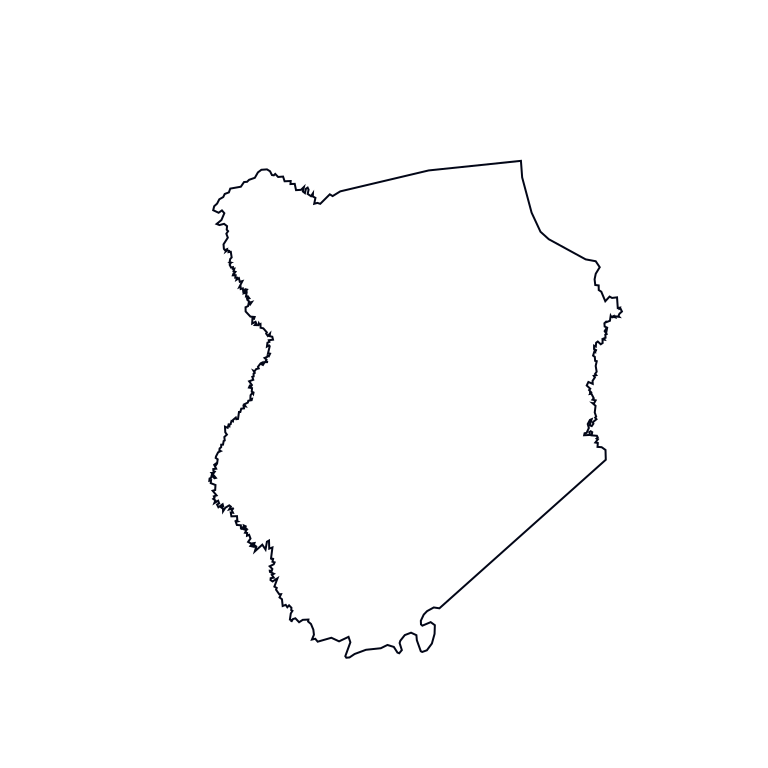 the district of Puerto Rico, Meta, Colombia, rotated 27°
{"feature_id": "7082276B74831898220162", "entity_name": "Puerto Rico", "entity_type": "district", "adm_level": 2, "iso_a3": "COL", "parent_name": "Colombia", "parent_adm1": "Meta", "projection": "natural_earth1", "projection_center": [-73.12, 2.752], "detail": "fine", "context": "isolated", "style": "outline", "palette": "ink", "viewbox_px": 768, "rotation_deg": 27, "n_neighbors": 0, "source": "geoboundaries", "source_scale": "gbopen_adm2", "svg_char_len": 6165}
<svg xmlns="http://www.w3.org/2000/svg" viewBox="0 0 768 768"><g transform="rotate(27 384 384)"><path d="M535.2,558.7L616.0,350.8L611.3,342.2L606.6,341.5L602.8,343.1L601.3,339.5L598.9,340.2L599.7,336.1L598.2,336.1L598.7,334.6L597.2,333.5L592.3,335.5L591.4,332.4L589.5,332.3L588.8,333.8L590.8,335.8L585.6,338.8L585.1,336.8L586.7,335.6L586.5,330.2L583.7,327.2L583.8,322.5L585.0,321.1L586.0,327.4L588.2,327.2L588.6,324.3L587.4,323.3L589.3,318.9L587.4,318.1L587.8,316.7L584.7,313.7L582.4,307.4L578.5,306.4L579.9,306.0L580.0,302.5L576.9,303.3L577.3,301.4L573.2,298.5L572.1,299.3L572.2,297.9L570.7,298.2L571.9,297.2L569.5,296.3L569.9,294.6L565.3,293.3L565.2,289.4L569.9,289.1L568.4,286.5L568.9,282.4L567.2,281.5L569.1,279.8L567.5,279.2L567.9,276.5L564.4,271.8L563.2,267.1L561.6,267.5L559.5,264.1L557.4,263.8L556.6,259.1L557.6,259.4L557.0,258.1L558.4,257.5L555.3,257.5L553.8,254.5L555.7,254.5L554.3,250.9L555.2,249.1L559.1,250.2L560.2,248.2L558.4,245.0L560.4,244.4L559.1,243.7L560.4,242.2L558.8,239.6L559.7,238.4L556.6,236.7L556.8,234.4L558.1,235.3L557.3,232.5L554.5,232.6L552.8,229.8L553.9,226.8L554.0,228.0L556.6,225.1L555.0,220.3L556.2,221.1L557.2,219.9L557.2,221.4L557.9,219.9L559.9,219.6L559.0,218.8L563.1,217.4L562.0,217.0L561.9,214.5L563.1,211.4L560.6,209.5L559.8,210.1L559.6,208.8L557.8,210.2L552.3,201.0L548.1,203.8L545.3,203.7L543.6,209.8L535.7,203.1L532.7,202.8L530.5,198.7L527.3,199.9L524.1,195.1L522.6,189.6L523.2,182.0L516.9,178.5L507.1,181.4L465.1,180.2L454.3,177.3L437.7,164.3L413.3,137.2L404.7,123.0L326.9,173.4L257.6,232.2L252.9,239.9L249.6,239.6L245.4,252.4L242.4,252.9L240.0,255.1L238.4,249.3L235.4,249.2L234.1,246.3L233.7,249.8L229.7,249.3L228.6,245.1L226.8,243.7L225.8,245.5L226.9,249.8L224.3,249.3L223.2,244.8L221.9,248.7L217.6,251.2L213.6,246.2L209.9,248.3L208.7,245.5L203.4,248.5L199.9,245.0L195.7,247.6L191.7,246.2L191.1,248.1L189.3,248.7L185.9,246.2L182.3,245.9L177.5,248.8L175.6,252.7L175.3,258.9L171.1,263.3L170.2,266.0L167.6,267.6L166.9,273.2L158.3,279.7L158.8,283.7L155.8,287.0L155.9,290.4L153.4,294.2L153.4,299.0L152.0,302.7L152.9,306.7L158.9,306.5L160.8,302.9L164.2,304.3L164.7,311.7L162.2,317.4L165.2,317.1L168.8,313.9L172.5,314.6L173.8,317.9L175.7,318.6L175.3,321.7L178.4,324.5L177.6,332.4L180.0,336.3L181.4,336.9L182.7,335.4L182.9,337.6L183.7,335.9L185.5,335.7L185.7,337.0L187.5,335.8L190.8,340.4L190.2,342.4L191.1,345.5L192.3,345.3L191.5,346.1L192.5,346.2L192.4,347.9L194.9,349.7L196.3,348.5L197.0,350.0L198.3,349.1L198.7,351.8L200.7,351.5L200.4,353.0L199.5,352.7L200.9,354.0L199.8,354.2L200.0,355.8L202.5,354.5L203.2,356.8L204.8,356.0L205.2,358.1L206.7,355.6L209.1,358.4L211.1,356.6L211.1,363.5L212.0,362.4L213.2,364.4L214.8,362.9L216.6,365.5L217.4,362.5L219.1,362.1L218.4,366.4L220.1,364.9L221.3,368.7L222.2,368.1L223.0,369.4L223.3,367.9L225.1,368.8L223.4,370.3L224.2,371.1L227.9,372.1L229.0,371.0L228.6,373.9L226.6,372.9L227.5,376.3L225.8,378.5L227.8,382.2L234.4,384.6L238.3,383.0L238.6,385.0L237.1,385.5L239.1,390.0L241.3,386.9L242.6,388.0L242.2,390.1L245.2,388.7L244.9,386.8L245.9,387.6L246.7,386.6L248.5,389.9L251.2,389.2L256.2,391.2L256.1,392.6L258.6,393.9L259.5,390.8L260.3,393.3L263.0,392.6L265.0,394.9L261.5,397.3L262.8,398.5L261.4,400.1L262.7,403.8L264.0,401.8L265.0,402.2L266.7,409.2L268.7,408.7L268.8,411.5L267.3,411.4L267.7,412.7L265.8,415.0L268.3,415.7L268.2,417.4L270.6,417.2L267.7,418.8L267.5,422.0L265.9,422.0L265.7,420.3L264.7,421.6L263.9,425.9L265.3,427.0L263.3,428.8L262.9,431.5L261.8,431.5L263.8,432.8L263.1,434.0L264.4,436.4L263.4,437.4L265.6,439.6L262.6,442.8L266.8,444.9L266.6,446.3L265.2,446.4L265.3,448.5L268.3,447.6L269.6,450.8L271.6,450.8L272.0,452.2L270.8,451.5L270.2,454.6L271.8,458.2L273.1,457.1L273.4,458.5L270.7,460.5L271.1,462.4L268.6,465.7L270.8,466.8L268.9,467.4L270.3,469.3L268.0,470.8L268.7,474.2L267.5,474.8L269.8,481.4L268.4,482.4L267.2,481.2L265.8,484.5L266.4,485.9L264.9,486.1L265.4,489.0L266.1,488.6L264.8,490.1L265.3,491.5L264.0,491.0L264.6,494.0L261.7,494.2L264.5,499.1L267.0,500.4L265.8,503.7L267.7,506.6L267.0,507.6L268.1,511.1L266.5,512.0L267.6,514.2L266.8,516.1L267.5,517.9L269.0,517.9L267.2,520.2L267.2,524.9L267.6,526.3L270.0,526.6L271.4,530.7L271.0,533.4L270.4,531.1L269.4,533.1L272.9,535.7L270.5,537.3L271.5,539.0L273.0,538.9L272.7,540.6L270.9,541.5L276.8,544.0L275.8,544.9L272.0,543.9L272.5,546.2L271.5,547.4L272.3,549.5L273.6,548.3L274.6,551.0L279.7,550.5L281.7,555.1L279.8,556.9L285.4,559.3L283.4,561.3L284.7,562.3L284.0,563.9L286.6,564.3L286.9,567.1L289.2,563.3L291.3,565.2L290.0,567.2L292.4,569.0L294.8,564.4L296.3,566.1L295.1,567.9L297.2,568.3L298.4,570.5L298.8,566.3L301.2,562.4L303.2,562.8L303.0,566.1L306.4,562.9L305.5,565.4L307.9,567.3L305.8,568.1L308.1,571.2L313.0,568.5L315.0,571.7L314.3,573.0L315.9,572.9L314.5,574.1L316.9,576.4L320.6,574.9L321.8,577.1L323.1,575.9L323.2,577.5L325.4,576.1L323.4,573.7L325.4,573.6L325.7,575.2L327.6,575.6L326.5,576.9L327.8,576.7L327.7,579.6L329.7,578.9L330.8,581.4L332.3,579.6L335.2,582.3L334.6,586.4L338.0,586.5L340.8,584.5L341.1,587.4L338.9,586.6L338.5,589.0L342.1,588.1L342.1,586.5L344.0,586.8L344.9,591.8L348.5,582.4L353.6,585.3L351.3,577.7L352.6,575.7L356.5,582.8L358.8,580.3L362.6,590.9L364.3,590.8L364.4,589.3L365.3,593.0L367.5,592.6L367.6,594.7L364.9,598.3L368.5,599.5L368.8,601.4L367.0,602.2L367.7,603.2L372.0,603.1L370.7,605.0L373.7,606.6L371.2,608.5L371.9,610.2L374.4,610.5L377.3,605.5L378.3,614.3L381.0,614.4L381.2,616.3L386.1,618.9L387.7,618.0L387.8,621.6L390.8,622.1L394.5,627.8L396.7,625.4L399.2,626.8L399.9,624.3L403.1,625.4L404.0,627.6L405.4,627.7L405.1,630.7L407.1,636.6L408.7,636.4L409.4,638.0L409.5,634.9L411.4,633.0L416.5,634.8L418.7,631.0L423.6,628.2L424.2,630.1L427.9,631.0L432.6,635.0L435.4,639.2L435.8,644.4L438.4,642.2L441.9,643.7L452.3,634.0L460.8,633.7L467.2,625.4L471.3,629.4L473.1,644.1L474.7,645.0L477.4,643.3L480.4,637.9L488.6,629.0L501.1,620.9L505.5,615.0L512.1,613.8L517.9,617.2L519.8,617.0L520.7,613.0L515.5,607.7L515.1,605.3L516.5,598.3L521.0,593.3L526.9,593.1L529.6,597.4L538.1,605.4L539.7,605.4L543.1,601.8L544.5,593.5L542.5,583.7L538.8,575.8L533.7,575.0L527.9,581.9L526.1,581.4L524.3,578.2L524.1,571.4L525.5,566.8L529.8,560.5L535.2,558.7Z" fill="none" stroke="#020617" stroke-width="2"/></g></svg>